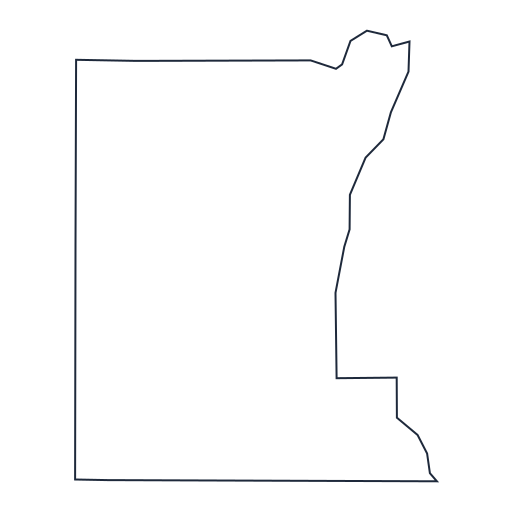 Rusk, Texas, United States of America
{"feature_id": "52423323B2750647625909", "entity_name": "Rusk", "entity_type": "district", "adm_level": 2, "iso_a3": "USA", "parent_name": "United States of America", "parent_adm1": "Texas", "projection": "orthographic", "projection_center": [-94.628, 32.126], "detail": "fine", "context": "isolated", "style": "outline", "palette": "slate", "viewbox_px": 512, "rotation_deg": 0, "n_neighbors": 0, "source": "geoboundaries", "source_scale": "gbopen_adm2", "svg_char_len": 459}
<svg xmlns="http://www.w3.org/2000/svg" viewBox="0 0 512 512"><path d="M76.1,59.8L75.5,246.0L75.1,479.5L107.2,480.1L436.9,481.3L429.9,473.2L427.1,453.5L417.6,435.0L396.9,417.7L396.7,377.6L336.6,378.2L335.5,292.8L344.3,246.7L349.6,229.4L349.9,194.8L365.6,157.6L383.4,139.3L390.9,112.3L408.5,71.6L409.5,41.5L391.8,46.3L386.8,35.3L366.9,30.7L350.5,40.9L342.1,64.4L336.0,68.8L310.6,60.4L136.5,60.9L76.1,59.8Z" fill="none" stroke="#1e293b" stroke-width="2"/></svg>